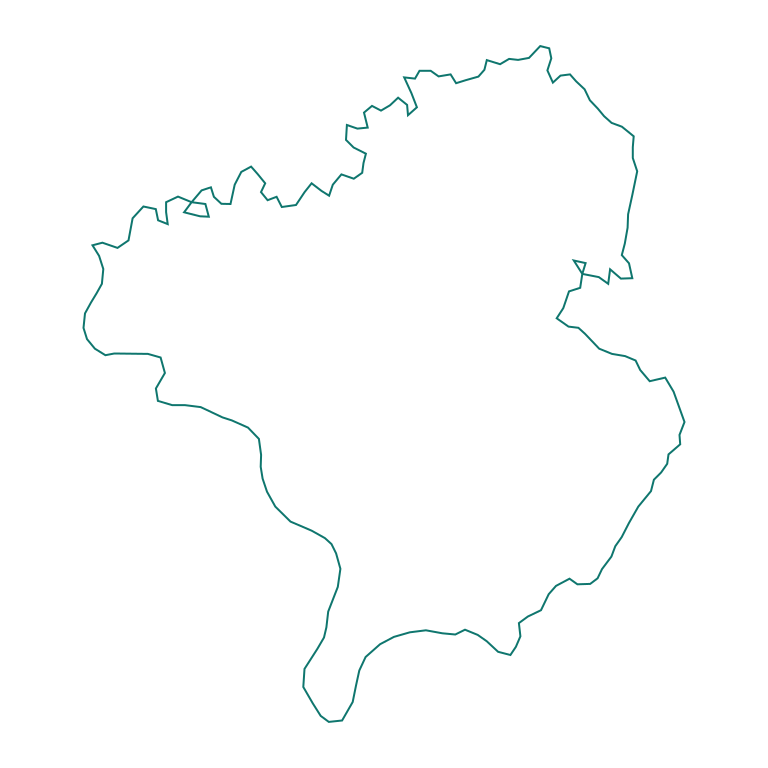 the district of Itambé, Paraná, Brazil
{"feature_id": "56859067B60705951788517", "entity_name": "Itambé", "entity_type": "district", "adm_level": 2, "iso_a3": "BRA", "parent_name": "Brazil", "parent_adm1": "Paraná", "projection": "orthographic", "projection_center": [-52.013, -23.715], "detail": "fine", "context": "isolated", "style": "outline", "palette": "teal", "viewbox_px": 768, "rotation_deg": 0, "n_neighbors": 0, "source": "geoboundaries", "source_scale": "gbopen_adm2", "svg_char_len": 2591}
<svg xmlns="http://www.w3.org/2000/svg" viewBox="0 0 768 768"><path d="M582.3,273.9L598.8,277.1L608.2,283.8L610.1,269.3L620.9,278.6L632.3,278.2L629.0,263.3L621.8,255.1L624.8,243.6L627.6,227.7L628.1,214.3L632.4,194.6L637.2,171.3L632.8,158.0L632.8,147.2L633.7,136.3L621.9,126.7L611.6,122.9L604.1,116.2L597.8,108.6L589.9,100.3L584.6,89.3L576.1,81.3L570.0,74.4L560.5,75.6L552.9,82.6L547.4,70.4L551.3,58.3L549.2,48.3L540.2,46.1L529.0,57.9L518.1,59.9L509.1,58.9L500.1,64.2L486.8,60.1L484.4,69.8L478.4,76.6L465.7,80.2L456.1,83.2L450.6,74.4L438.6,76.4L430.7,70.8L419.5,70.8L415.0,78.6L404.2,77.4L411.4,93.1L416.9,107.3L408.0,115.2L407.1,104.9L398.1,97.7L390.0,105.3L381.0,110.6L372.0,105.9L364.0,112.6L367.7,127.6L357.4,128.6L346.9,125.0L346.0,139.9L353.6,147.5L365.9,153.7L363.5,163.0L362.2,172.8L353.8,178.7L341.4,174.4L332.8,184.7L329.1,195.7L321.5,190.9L311.6,183.3L304.6,192.1L296.0,205.0L281.8,207.0L276.6,196.8L267.6,200.2L261.0,192.1L265.2,183.3L257.7,174.1L251.1,166.6L241.3,171.9L234.7,184.7L230.5,204.0L221.4,203.8L213.9,196.8L210.9,187.3L201.6,190.4L191.6,202.2L178.0,196.6L166.1,202.2L166.1,212.1L167.7,224.1L158.1,220.3L155.8,209.1L143.4,206.5L132.6,218.3L128.5,240.4L117.5,247.9L102.4,242.7L92.5,245.3L99.1,255.9L103.3,269.0L101.9,283.8L96.7,293.1L91.0,302.5L85.0,313.4L83.5,327.9L87.0,339.1L94.9,348.7L105.4,355.2L114.3,353.5L147.9,353.9L160.6,357.5L164.9,373.0L155.9,388.5L157.9,400.9L172.1,405.1L184.7,405.1L200.7,407.1L222.5,417.4L231.8,420.4L248.0,427.6L258.9,438.9L261.1,454.9L260.7,466.8L262.6,478.6L267.0,491.7L275.3,506.6L290.5,521.6L311.7,530.7L324.9,538.1L331.5,544.1L336.1,553.4L340.4,568.8L337.8,586.9L328.2,611.6L326.4,627.3L324.0,637.5L317.4,648.8L304.5,668.9L303.3,687.0L312.8,703.4L320.7,715.9L328.8,721.9L342.1,720.5L352.7,702.0L356.0,685.6L359.3,670.5L365.6,657.0L380.1,644.2L393.9,636.9L409.9,632.3L425.9,630.3L442.4,633.3L455.3,634.5L465.0,629.7L477.7,634.9L486.7,641.2L498.1,651.8L510.4,655.0L515.9,646.8L520.4,636.3L518.9,623.1L527.9,616.5L541.0,610.2L548.7,594.2L556.0,585.9L569.5,578.7L577.4,584.3L590.2,583.9L597.6,578.3L602.0,569.1L611.4,556.6L615.3,546.2L621.7,537.1L628.9,523.1L638.3,506.6L651.0,491.1L653.9,479.7L661.1,472.5L667.2,463.8L668.5,454.4L680.2,444.3L679.5,434.9L684.5,422.0L673.6,391.7L665.2,377.6L649.7,381.2L640.2,370.0L635.6,360.5L625.1,356.1L612.0,353.9L599.2,348.7L585.0,333.8L578.4,327.8L568.5,326.6L556.7,318.3L563.3,308.1L569.0,291.4L580.2,287.8L582.3,273.9ZM191.6,202.2L205.4,204.0L208.8,216.7L200.1,216.3L184.1,212.3L191.6,202.2ZM582.3,273.9L573.8,260.5L585.6,263.1L582.3,273.9Z" fill="none" stroke="#0f766e" stroke-width="2"/></svg>